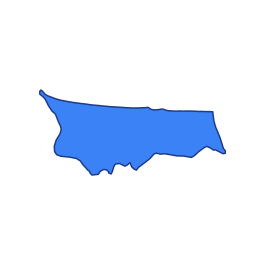 outline of Ciudad de la Costa, Canelones, Uruguay, rotated 218°
{"feature_id": "84410073B39793834808870", "entity_name": "Ciudad de la Costa", "entity_type": "district", "adm_level": 2, "iso_a3": "URY", "parent_name": "Uruguay", "parent_adm1": "Canelones", "projection": "natural_earth1", "projection_center": [-55.945, -34.814], "detail": "fine", "context": "isolated", "style": "filled", "palette": "blue", "viewbox_px": 256, "rotation_deg": 218, "n_neighbors": 0, "source": "geoboundaries", "source_scale": "gbopen_adm2", "svg_char_len": 2469}
<svg xmlns="http://www.w3.org/2000/svg" viewBox="0 0 256 256"><g transform="rotate(218 128 128)"><path d="M71.2,192.9L72.7,191.9L77.0,188.7L77.7,188.1L80.5,186.2L82.2,184.7L83.8,183.7L86.7,181.6L88.8,180.1L90.4,178.9L91.2,178.3L92.8,177.0L95.2,175.0L96.2,174.3L97.2,173.6L99.4,171.9L99.7,171.5L101.0,170.5L101.7,170.1L102.3,169.6L102.9,169.1L103.5,168.8L104.0,168.4L105.0,167.7L106.0,167.0L106.3,166.8L107.0,166.3L107.8,166.0L108.6,165.6L109.5,165.3L110.5,164.8L111.3,164.8L112.1,164.4L112.8,163.9L113.1,163.6L113.3,163.4L113.5,163.3L113.7,163.1L114.1,162.6L114.4,162.2L114.9,161.7L115.0,161.5L115.3,161.3L115.6,160.9L116.0,160.6L116.6,160.0L117.2,159.4L117.8,159.0L118.1,158.7L118.5,158.4L119.0,158.1L119.7,157.7L120.5,157.3L120.9,157.1L121.5,156.9L122.2,156.8L122.7,156.8L123.2,156.8L123.8,156.8L124.4,156.7L125.0,156.5L125.4,156.2L125.9,155.7L126.2,155.3L126.7,154.9L127.4,154.2L128.0,153.7L128.4,153.5L128.6,153.2L128.8,152.9L129.0,152.9L129.1,152.7L129.5,152.5L130.0,152.0L130.5,151.5L131.1,151.0L132.1,150.3L132.3,150.2L132.6,149.8L133.0,149.5L133.3,149.4L133.5,149.1L133.7,148.9L134.6,148.3L135.6,147.4L137.0,146.3L138.2,145.5L141.8,143.0L144.6,141.1L155.4,133.7L158.4,131.8L161.6,129.7L165.5,127.3L171.2,123.6L175.8,121.0L179.4,118.8L185.6,115.1L190.4,112.5L193.6,110.8L195.0,110.1L195.9,109.6L197.5,108.8L199.2,108.0L201.4,107.1L203.1,106.5L204.9,105.8L206.8,105.3L208.6,104.7L210.3,104.2L211.0,103.9L211.8,103.8L213.3,103.7L213.9,103.6L214.4,103.5L215.3,103.8L216.9,104.1L218.1,104.3L218.6,104.4L218.9,104.3L219.3,104.3L219.7,104.3L220.2,103.9L219.8,102.0L218.3,100.4L213.9,100.3L211.1,99.8L204.6,96.7L198.6,94.6L193.6,94.2L186.6,90.0L182.0,87.7L179.7,85.7L178.0,81.6L177.1,74.2L174.9,68.3L171.3,64.2L169.4,63.6L167.7,63.1L163.5,64.4L155.9,69.2L149.8,72.3L145.2,72.7L141.2,71.4L136.3,70.6L134.2,70.1L132.0,70.1L129.5,69.0L127.4,68.8L122.9,73.2L123.2,76.8L121.8,80.1L119.8,81.6L117.2,81.8L115.1,80.6L113.0,81.6L113.6,84.2L115.0,87.8L115.8,90.5L115.1,92.7L112.4,95.0L108.7,95.6L106.8,96.2L106.1,97.7L105.5,99.8L105.3,101.4L104.7,101.8L103.2,100.8L100.9,99.6L98.0,99.4L96.6,99.7L95.5,100.0L95.5,103.5L93.4,111.3L91.8,117.7L91.6,123.3L90.1,125.7L86.5,127.3L83.2,130.3L77.2,133.6L72.3,136.1L67.3,139.9L59.9,143.9L58.6,147.2L57.8,152.5L55.9,159.5L54.5,162.1L50.8,163.0L47.1,163.2L45.5,164.7L42.6,165.2L37.2,166.3L35.8,167.9L37.2,169.9L40.2,170.6L48.9,176.6L53.3,179.2L59.4,182.6L64.4,186.2L71.2,192.9Z" fill="#3b82f6" stroke="#1e3a8a" stroke-width="1.5"/></g></svg>